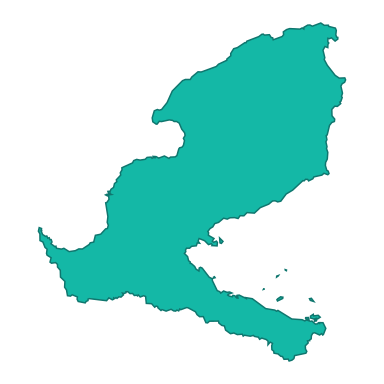 outline of Halmahera Timur, Maluku Utara, Indonesia
{"feature_id": "22746128B70343351071090", "entity_name": "Halmahera Timur", "entity_type": "district", "adm_level": 2, "iso_a3": "IDN", "parent_name": "Indonesia", "parent_adm1": "Maluku Utara", "projection": "mercator", "projection_center": [128.277, 1.003], "detail": "fine", "context": "isolated", "style": "filled", "palette": "teal", "viewbox_px": 384, "rotation_deg": 0, "n_neighbors": 0, "source": "geoboundaries", "source_scale": "gbopen_adm2", "svg_char_len": 6015}
<svg xmlns="http://www.w3.org/2000/svg" viewBox="0 0 384 384"><path d="M50.0,262.1L51.5,263.2L55.6,262.6L57.5,264.4L57.5,267.0L60.3,270.3L60.5,277.1L64.9,281.4L64.6,287.2L66.5,290.0L67.5,295.7L70.5,296.1L72.2,294.8L77.4,296.9L77.1,299.2L78.2,301.5L85.2,302.9L86.2,301.4L88.0,300.6L88.0,299.2L89.1,298.6L106.6,300.7L108.9,297.9L112.3,299.8L113.5,299.3L113.7,297.9L114.7,298.6L116.0,297.6L117.0,298.4L118.9,296.8L121.0,297.1L123.4,294.9L122.5,293.1L124.1,293.5L126.0,292.7L126.0,291.7L127.8,291.7L130.0,293.6L132.6,293.5L134.3,295.5L136.9,295.2L137.4,295.9L138.4,295.0L140.2,297.0L143.7,295.7L145.6,296.5L146.3,303.4L151.6,303.7L154.7,307.2L156.1,306.1L157.6,306.5L158.0,307.9L161.0,310.5L162.0,309.6L166.1,311.1L171.1,309.3L173.7,310.9L175.7,311.1L176.9,310.1L178.7,310.9L179.8,309.0L180.7,309.7L186.5,307.6L188.1,307.8L195.5,311.8L197.0,314.6L199.6,316.7L203.3,316.6L205.9,322.7L207.6,322.9L209.5,321.2L218.5,321.1L218.9,323.1L221.8,325.4L224.4,326.0L225.6,330.1L230.5,333.7L233.9,333.0L237.3,334.6L242.3,334.2L243.2,336.1L244.4,335.2L250.3,336.2L253.4,335.4L254.4,336.4L258.4,337.2L259.6,339.3L261.8,338.1L266.4,339.6L268.1,341.3L268.0,344.7L270.2,342.1L272.5,343.4L271.7,345.6L271.9,349.7L273.7,351.1L274.0,353.2L278.0,353.9L280.8,356.3L282.5,356.5L284.0,359.3L288.2,359.1L289.1,361.0L291.9,360.2L293.9,358.6L294.6,355.6L305.9,353.2L306.8,351.4L305.5,349.1L305.3,345.8L308.2,342.9L307.5,340.9L309.7,340.7L309.7,339.8L311.2,338.9L311.4,335.7L312.7,333.3L314.6,332.7L319.6,335.0L321.7,333.6L322.7,335.0L323.4,334.5L325.8,328.4L323.0,322.7L319.5,322.6L319.5,323.4L318.3,322.8L317.6,323.8L315.4,324.1L311.9,321.0L310.7,321.4L306.6,320.0L304.8,320.9L302.1,319.7L291.8,319.0L277.9,310.4L276.6,311.2L274.8,310.1L265.7,308.6L252.3,298.7L245.7,297.6L246.0,298.4L239.2,295.1L237.3,295.3L237.9,298.1L236.6,297.9L236.0,297.1L235.9,296.4L234.1,295.6L232.9,295.4L232.4,296.7L229.5,296.2L227.7,295.1L228.0,294.4L231.9,293.0L229.6,292.0L227.0,292.3L223.6,291.0L220.7,293.1L219.8,291.7L217.2,290.6L212.4,280.7L212.3,278.8L209.2,277.2L202.2,268.1L200.5,267.3L199.2,268.0L198.9,271.0L196.0,269.1L194.7,266.5L191.3,263.5L190.2,263.4L190.2,261.9L188.6,260.7L187.6,256.6L184.4,253.4L185.8,251.7L185.5,250.0L186.5,248.2L189.6,248.2L191.6,246.3L196.3,245.8L197.3,242.9L199.6,243.2L198.1,241.1L199.1,238.5L204.6,240.7L208.5,244.6L211.3,243.7L212.3,244.9L211.9,245.6L217.1,245.9L217.4,242.4L216.4,241.1L213.6,242.3L212.3,241.2L214.0,238.5L208.4,235.3L208.6,232.7L207.8,231.5L210.1,228.5L212.8,226.9L214.7,223.6L218.6,222.4L223.6,218.2L227.3,219.1L229.8,217.8L234.6,217.6L238.1,218.5L240.1,215.7L243.9,215.8L247.0,212.6L254.4,213.1L260.3,207.6L268.8,204.1L272.5,201.0L275.2,200.8L277.7,201.9L280.8,201.2L286.2,194.0L292.7,190.1L302.9,180.6L304.0,180.9L305.6,179.3L307.7,179.4L308.6,180.9L312.8,178.8L313.9,176.9L321.9,175.1L324.0,173.3L327.8,174.7L329.0,173.6L328.2,171.1L326.8,170.3L325.4,165.6L325.6,162.5L327.3,159.0L327.8,152.3L326.5,148.6L327.0,146.7L325.9,141.8L326.9,139.7L326.2,135.7L327.2,134.9L329.5,125.4L331.8,122.5L334.4,121.5L334.7,119.1L332.0,115.8L331.8,109.5L334.7,106.2L337.4,106.4L340.7,103.6L339.8,102.1L340.9,101.3L342.2,97.5L341.5,96.3L342.5,93.2L340.9,86.1L342.2,83.7L344.6,82.3L345.6,79.9L344.8,77.9L339.2,78.1L335.1,75.3L327.3,65.3L324.2,59.5L324.8,57.7L323.0,50.2L325.0,46.5L327.8,47.6L327.9,44.4L328.8,43.0L327.8,41.8L327.9,38.3L329.4,38.7L331.4,37.8L335.1,41.1L337.8,39.1L337.8,37.4L336.7,37.2L335.8,34.9L336.3,30.4L335.4,28.1L328.7,26.4L328.4,25.2L324.2,25.3L320.8,23.0L312.3,26.2L310.0,25.0L307.7,25.1L303.9,27.3L303.8,29.0L302.2,27.9L299.9,29.1L289.6,28.6L286.5,29.6L283.3,31.9L283.6,34.7L282.2,36.5L273.2,39.8L272.7,37.8L271.2,37.5L269.4,34.7L264.4,35.1L263.3,34.1L261.8,34.3L258.8,36.6L246.8,41.2L246.0,42.8L244.8,42.7L237.4,47.6L233.7,48.7L230.7,53.5L230.8,55.8L226.9,59.0L226.8,60.3L218.5,64.2L216.3,66.5L201.2,72.0L198.0,71.8L191.7,77.1L190.3,79.5L185.3,79.5L182.5,80.7L172.3,91.0L167.1,102.6L161.6,109.5L159.2,110.2L157.4,109.5L154.3,110.8L152.2,117.9L152.8,121.8L156.1,124.1L157.1,124.1L159.3,121.3L161.4,121.6L169.3,119.9L172.6,120.4L174.1,121.5L176.6,121.5L179.2,123.1L181.7,129.1L184.6,132.8L185.1,135.5L183.4,138.3L184.5,140.6L183.4,145.4L182.0,147.2L179.6,147.8L178.8,148.9L176.9,155.6L175.1,156.9L170.5,157.1L169.0,158.4L164.4,156.0L158.7,158.1L156.1,156.6L153.0,156.4L153.3,157.5L155.9,157.8L153.2,157.6L152.1,158.3L151.2,157.1L149.6,157.2L147.1,157.4L145.2,159.3L140.1,160.1L136.7,159.4L133.7,160.6L132.5,162.9L121.9,167.7L122.0,169.9L120.3,172.8L120.7,175.1L116.3,179.8L116.8,181.7L114.5,183.5L113.6,187.4L111.0,189.3L110.2,191.2L107.9,191.4L108.7,193.7L109.4,193.9L110.0,192.7L110.2,193.8L111.6,194.5L108.5,194.9L109.0,199.3L106.9,202.4L105.7,202.8L107.9,216.7L107.2,222.3L108.3,225.3L107.4,228.5L105.6,228.9L100.7,234.2L95.4,235.3L93.7,242.1L90.2,242.8L89.2,244.5L82.4,249.0L78.8,248.9L75.3,250.7L69.1,251.6L63.9,248.3L61.5,249.1L56.5,248.3L55.9,246.2L55.0,246.7L50.9,243.7L52.0,242.0L51.2,239.6L50.0,239.7L49.2,237.7L47.8,238.2L46.8,236.0L45.6,236.4L42.6,234.5L41.1,230.8L41.7,230.6L41.2,228.8L42.1,228.7L39.2,227.6L38.4,231.2L39.9,233.9L40.0,240.6L42.9,242.0L45.0,247.4L47.1,249.2L46.5,253.4L47.1,255.2L51.1,257.7L50.0,262.1ZM313.6,315.9L313.3,314.3L310.5,316.1L310.4,318.0L313.9,319.0L316.4,318.2L318.0,318.7L320.2,317.2L318.2,315.3L313.6,315.9ZM277.5,301.0L282.7,298.5L282.9,297.2L280.6,296.8L277.7,298.8L276.9,299.7L277.5,301.0ZM219.6,238.0L220.0,242.9L221.4,243.4L223.0,241.4L219.6,238.0ZM311.4,298.3L309.5,298.7L310.3,300.4L313.8,301.5L311.4,298.3ZM308.3,317.5L305.7,317.6L305.5,318.1L306.1,319.2L308.9,319.5L308.3,317.5ZM316.8,319.7L314.4,320.3L314.6,321.2L316.4,320.9L316.8,319.7ZM107.1,194.2L105.6,194.9L107.5,195.9L108.2,195.2L107.1,194.2ZM276.6,277.1L278.3,275.9L278.6,275.4L276.7,276.1L276.6,277.1ZM214.4,276.7L213.5,277.2L213.3,278.2L215.1,277.7L214.4,276.7ZM286.4,270.7L286.5,270.0L285.2,269.6L285.3,270.2L286.4,270.7ZM236.2,296.8L237.4,296.6L236.7,295.9L236.2,296.8ZM264.7,289.0L263.7,288.8L263.4,289.4L264.7,289.0Z" fill="#14b8a6" stroke="#0f766e" stroke-width="1.5"/></svg>